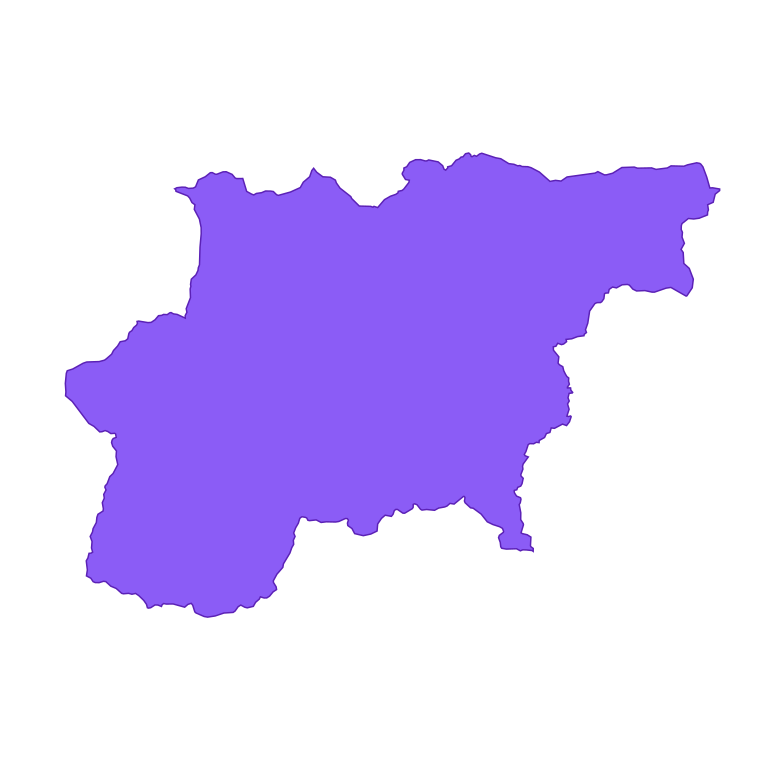 the district of Quilanga, Loja, Ecuador, rotated 275°
{"feature_id": "8360857B88871237564279", "entity_name": "Quilanga", "entity_type": "district", "adm_level": 2, "iso_a3": "ECU", "parent_name": "Ecuador", "parent_adm1": "Loja", "projection": "albers", "projection_center": [-79.384, -4.352], "detail": "fine", "context": "isolated", "style": "filled", "palette": "violet", "viewbox_px": 768, "rotation_deg": 275, "n_neighbors": 0, "source": "geoboundaries", "source_scale": "gbopen_adm2", "svg_char_len": 6159}
<svg xmlns="http://www.w3.org/2000/svg" viewBox="0 0 768 768"><g transform="rotate(275 384 384)"><path d="M230.3,547.2L233.2,547.0L234.8,544.4L235.7,544.0L244.3,543.7L246.3,539.8L247.0,534.9L247.7,533.5L255.9,535.2L257.2,534.8L260.8,532.0L267.6,531.5L275.7,529.2L277.5,530.1L281.2,530.5L282.6,529.9L283.9,525.8L286.9,523.5L288.7,523.0L289.4,523.1L290.2,525.5L292.7,526.2L294.2,529.1L296.7,530.2L302.2,530.9L304.2,528.6L305.6,528.2L311.3,529.8L314.1,529.2L316.4,529.6L323.9,534.1L324.8,530.9L326.1,529.9L329.1,531.3L336.1,532.9L337.3,534.3L337.5,538.3L339.2,540.8L339.1,543.6L341.3,543.6L344.7,548.6L348.8,550.1L350.2,553.5L354.8,554.4L354.7,557.7L359.6,565.3L358.5,569.5L362.6,572.1L367.7,573.3L368.4,572.7L367.7,570.6L367.9,569.0L375.0,570.6L380.1,568.6L383.2,570.0L386.3,568.5L390.8,569.2L391.5,572.4L392.1,572.7L394.1,570.7L396.4,570.2L396.1,567.1L396.9,567.0L399.9,568.7L402.9,567.6L406.1,567.5L407.4,565.5L409.6,563.9L412.9,561.9L416.8,560.6L418.5,557.0L420.0,555.6L426.3,555.8L432.4,549.9L435.8,549.4L436.6,552.0L439.7,553.5L438.7,557.4L439.5,559.5L442.1,562.2L444.3,561.5L445.4,567.1L448.1,572.7L449.5,579.0L451.0,579.2L452.9,581.2L455.6,580.0L462.3,581.7L474.6,582.5L482.5,587.1L483.6,589.0L484.0,592.6L485.0,593.8L488.1,595.6L493.1,595.8L493.8,596.6L494.3,599.6L497.9,600.1L500.5,603.2L500.0,607.2L503.6,612.6L504.4,617.8L503.9,619.8L500.2,623.6L498.7,627.5L499.8,635.8L498.9,642.9L499.1,645.5L504.1,656.7L505.2,661.4L497.9,677.3L498.3,678.1L506.7,682.7L515.4,683.0L525.8,678.0L530.2,672.2L541.1,670.6L544.0,668.2L550.3,671.0L556.3,668.1L561.1,668.1L563.8,666.6L567.7,666.4L569.8,666.9L575.4,672.8L575.4,678.2L576.6,683.5L580.6,691.5L583.6,691.4L585.7,692.0L590.8,690.8L593.7,696.1L602.0,697.4L605.9,701.5L607.5,701.4L608.1,694.3L607.7,691.5L618.2,687.5L628.1,682.8L630.6,680.5L631.3,679.3L631.6,676.2L628.8,667.3L627.1,663.8L626.3,650.9L623.9,647.4L621.5,636.3L622.6,631.8L621.1,617.7L621.9,614.4L620.4,602.1L613.9,593.4L611.8,587.5L611.5,585.4L614.2,578.5L612.5,575.9L606.2,548.3L601.6,542.7L601.8,537.1L600.3,531.7L608.7,520.3L612.3,511.7L613.0,508.4L612.7,502.6L613.5,500.3L613.0,498.2L614.2,494.3L614.4,489.1L618.6,480.7L619.1,475.5L622.4,461.3L621.5,459.2L618.9,456.3L619.6,454.0L618.1,451.9L618.3,451.0L620.0,450.3L621.5,448.3L620.5,445.1L617.2,442.9L616.8,441.0L614.8,439.3L613.2,436.3L607.3,432.3L605.9,428.5L604.9,428.7L602.4,426.8L603.2,425.1L606.6,423.4L610.0,418.6L611.1,409.0L610.0,407.2L609.8,405.6L610.7,400.9L610.2,395.9L607.0,390.3L602.4,387.7L600.9,385.0L598.6,385.2L595.5,383.8L594.4,384.0L589.6,387.6L589.2,391.5L586.9,391.2L580.0,386.8L578.4,385.2L577.2,381.4L575.7,381.3L574.0,379.3L571.6,374.0L567.7,368.4L559.2,362.3L560.1,358.5L559.2,357.6L559.8,355.3L559.1,343.9L565.9,335.7L567.8,334.6L575.3,323.1L580.2,319.0L582.9,317.8L585.3,312.6L585.1,305.0L589.1,298.5L592.8,295.1L590.4,293.5L584.0,291.9L578.0,286.0L572.4,283.5L567.1,274.1L562.7,262.3L563.2,260.5L566.1,257.0L566.3,254.1L565.9,249.1L563.9,245.3L562.7,240.2L561.0,237.8L561.6,235.6L563.9,230.4L576.4,225.4L575.8,219.3L576.2,217.8L579.6,214.4L581.7,208.3L581.3,205.1L578.4,199.2L578.3,197.7L579.6,194.6L579.4,192.6L574.9,187.9L571.1,181.3L564.0,179.1L562.5,176.9L561.8,172.1L562.7,168.9L562.5,165.5L561.5,160.6L560.2,158.5L559.6,159.5L557.8,160.0L554.3,172.0L552.3,174.2L548.0,176.9L546.1,180.0L541.4,179.8L532.3,185.7L523.9,188.2L517.7,188.8L504.2,188.8L486.6,189.8L483.7,188.9L480.9,188.8L476.3,187.1L471.6,182.9L466.3,182.6L464.6,183.1L461.8,182.6L453.2,183.7L441.8,180.4L438.2,181.4L434.9,180.0L432.3,180.3L435.3,171.9L435.5,168.2L436.6,165.6L436.2,164.3L434.2,162.0L434.1,158.4L433.0,156.5L432.4,153.4L428.0,150.3L425.1,146.7L424.6,143.5L425.3,134.1L424.8,132.5L423.0,133.1L421.1,132.4L418.5,129.8L415.2,128.2L413.4,126.0L411.9,125.4L406.7,124.8L404.5,122.5L403.1,117.5L398.6,115.3L393.8,111.6L390.0,110.1L385.0,105.3L383.4,103.5L381.5,98.3L380.0,85.9L378.5,82.5L371.8,72.6L369.6,67.3L367.0,66.6L356.8,66.5L348.4,67.8L344.5,67.8L339.5,74.9L319.0,93.4L316.5,98.8L311.5,105.0L311.9,107.3L313.3,110.2L312.6,113.0L310.8,116.2L311.4,120.0L310.8,121.0L307.5,121.9L306.1,119.0L304.3,118.0L301.9,117.7L298.3,119.2L294.0,123.3L288.2,123.4L280.5,125.8L271.2,121.9L267.8,118.9L260.6,116.9L258.2,115.1L256.9,114.9L254.2,116.3L249.6,114.4L245.9,115.3L241.2,113.7L235.3,115.3L233.0,115.2L229.3,110.4L226.2,109.6L220.9,109.5L214.6,106.8L211.2,106.5L206.5,104.6L201.6,106.9L195.2,106.9L191.1,108.4L190.0,107.0L189.6,104.9L184.9,104.2L181.9,102.8L172.9,104.7L166.9,104.3L165.0,108.8L161.7,111.5L161.0,113.7L161.3,117.6L163.0,121.7L162.9,124.1L158.8,129.4L157.0,135.0L152.6,140.9L152.3,142.7L153.2,147.8L152.6,151.2L153.7,154.8L151.8,158.2L147.5,163.5L143.8,166.6L140.5,167.8L140.2,168.9L140.8,171.1L143.9,175.1L144.1,178.0L143.0,181.7L144.8,182.2L146.1,183.7L145.8,186.2L146.5,193.1L144.3,204.9L147.4,207.9L148.7,211.1L147.0,212.7L140.5,215.4L139.5,216.7L136.7,225.1L136.4,228.6L138.2,236.0L141.9,244.5L143.3,253.6L144.8,255.4L149.4,258.1L151.3,260.6L149.5,264.7L149.1,267.3L151.1,273.2L155.3,275.1L158.8,278.5L161.2,279.4L160.4,283.2L160.7,285.9L162.7,288.5L167.2,291.6L169.9,294.9L172.6,294.2L176.6,291.2L178.3,290.9L185.2,293.9L192.5,299.2L196.1,299.5L207.4,305.0L212.9,306.4L216.4,308.0L220.4,307.3L224.4,308.7L227.7,307.0L233.0,308.5L237.9,310.8L242.8,311.8L244.0,313.0L244.6,313.9L244.3,317.4L243.8,318.7L241.6,320.1L241.4,321.8L242.7,328.3L240.6,333.4L241.7,338.6L242.3,347.8L243.1,351.0L246.6,357.2L246.7,359.2L245.3,360.4L242.2,359.7L239.8,360.3L237.2,364.7L232.4,367.8L231.1,376.6L233.4,384.0L236.9,389.9L244.0,389.9L249.9,393.2L253.4,396.6L252.8,402.9L255.0,404.4L258.8,405.3L260.1,406.7L260.2,408.4L257.0,414.0L257.1,415.9L262.3,423.1L263.7,423.8L266.6,423.6L267.3,424.9L266.7,427.3L262.4,431.3L261.7,432.8L262.7,437.4L262.6,445.4L265.2,449.3L266.8,455.2L267.9,457.4L270.8,460.1L270.5,464.3L278.9,472.9L278.9,473.9L277.8,474.6L274.5,474.3L272.8,475.1L268.2,481.0L268.0,483.7L262.9,492.1L255.7,498.9L253.5,504.7L251.9,511.6L250.5,514.6L247.6,516.0L246.6,515.8L243.3,512.1L240.9,511.5L236.4,513.6L232.0,514.5L230.6,515.6L230.2,520.2L231.4,530.4L229.7,534.4L230.9,536.7L231.1,540.3L231.0,546.0L230.3,547.2Z" fill="#8b5cf6" stroke="#5b21b6" stroke-width="1.5"/></g></svg>